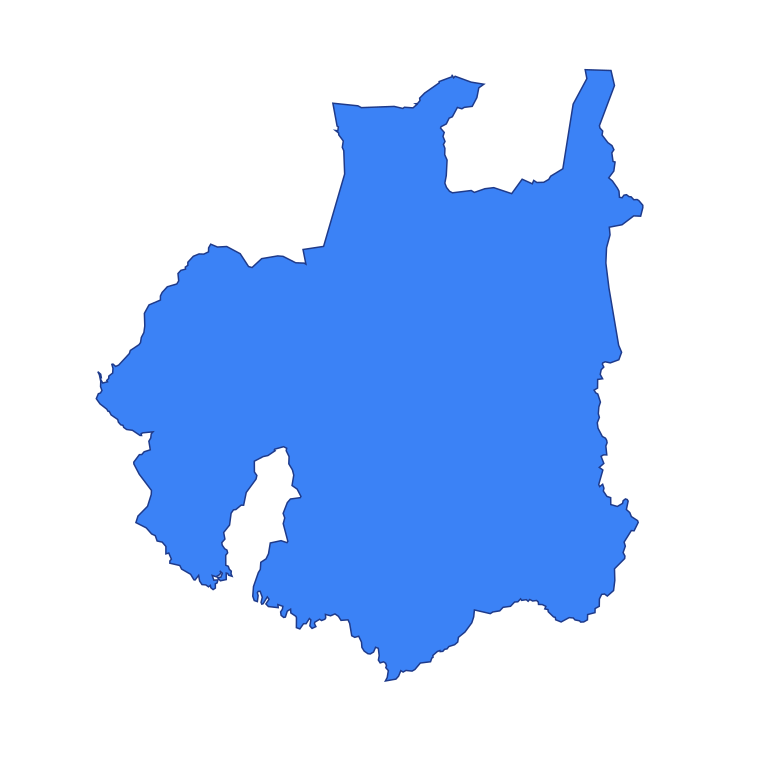 the district of Mineral del Chico, Hidalgo, Mexico, rotated 170°
{"feature_id": "50627088B7375180759148", "entity_name": "Mineral del Chico", "entity_type": "district", "adm_level": 2, "iso_a3": "MEX", "parent_name": "Mexico", "parent_adm1": "Hidalgo", "projection": "natural_earth1", "projection_center": [-98.75, 20.22], "detail": "fine", "context": "isolated", "style": "filled", "palette": "blue", "viewbox_px": 768, "rotation_deg": 170, "n_neighbors": 0, "source": "geoboundaries", "source_scale": "gbopen_adm2", "svg_char_len": 6160}
<svg xmlns="http://www.w3.org/2000/svg" viewBox="0 0 768 768"><g transform="rotate(170 384 384)"><path d="M176.9,275.5L176.3,284.4L174.5,287.4L174.5,289.8L175.3,292.2L178.1,294.4L180.9,303.3L180.7,308.8L177.7,313.7L178.1,317.5L176.4,324.1L174.0,328.6L175.2,337.0L177.0,338.5L178.2,341.5L174.4,342.9L172.8,351.4L167.8,351.2L169.4,355.9L167.6,360.4L164.6,362.5L165.5,365.6L165.0,366.7L162.4,367.5L157.5,365.5L148.5,367.1L144.5,374.0L146.2,381.4L145.8,439.6L144.5,464.6L141.2,479.5L135.5,491.6L134.9,499.3L121.9,499.5L108.9,506.2L102.1,504.7L98.5,512.7L98.1,515.1L101.2,520.4L102.7,521.7L106.0,522.1L108.1,525.4L110.2,526.0L112.3,528.3L114.9,528.3L117.2,526.1L119.7,527.0L119.1,533.1L120.2,536.5L123.8,544.3L126.9,548.0L120.7,553.8L117.9,562.5L119.8,563.4L119.5,572.1L116.9,574.8L118.1,579.2L121.6,582.8L126.0,591.3L124.7,595.1L126.9,598.6L127.0,601.0L105.2,637.9L106.0,653.3L131.3,658.6L131.2,649.5L149.1,626.8L170.5,564.9L183.8,559.7L186.2,556.9L191.7,554.9L198.4,555.9L201.2,558.5L203.2,555.4L212.4,561.7L225.2,549.3L241.8,558.3L250.7,558.8L261.8,557.0L264.5,559.4L283.4,560.4L286.0,562.4L288.3,566.7L289.2,571.3L286.5,578.4L283.0,593.6L284.4,599.3L283.1,605.5L283.9,609.6L281.8,612.2L282.9,617.6L281.0,621.3L283.9,626.2L283.1,627.5L277.5,629.3L273.7,634.5L270.3,635.3L263.7,643.6L259.5,641.5L256.9,642.5L248.9,642.1L242.8,649.9L239.2,659.2L233.6,661.9L245.9,666.2L260.5,674.7L262.3,673.4L263.4,676.7L263.5,674.8L277.2,672.3L277.3,671.0L293.4,663.5L299.3,659.3L299.3,656.9L302.3,654.4L304.2,654.5L303.0,653.6L307.5,650.9L315.8,653.0L317.6,652.1L325.8,655.6L358.3,660.1L361.4,662.5L385.6,669.4L385.4,646.1L384.3,645.1L385.5,641.4L387.8,642.1L385.1,639.1L385.3,637.2L381.9,630.4L384.0,624.3L383.1,620.7L386.3,597.6L419.6,530.0L440.4,530.5L440.1,515.6L441.6,516.9L449.9,518.7L461.2,527.2L466.4,528.6L482.7,528.7L493.7,521.6L497.0,523.2L503.0,537.3L515.0,546.7L524.2,547.8L530.4,551.8L533.1,548.5L533.9,544.6L538.9,543.2L543.6,544.2L549.6,542.9L556.0,538.0L556.6,534.9L559.4,533.6L559.5,531.6L564.3,531.2L567.7,528.6L568.3,521.2L570.7,518.5L580.5,517.4L586.6,512.7L588.9,509.5L589.6,505.5L601.7,502.7L607.7,495.2L609.5,482.7L611.5,476.4L614.9,472.0L616.6,467.1L618.4,465.3L628.0,461.1L629.5,458.2L642.0,448.7L645.2,447.9L647.5,450.7L648.6,450.6L648.2,446.4L649.3,441.9L653.6,439.6L654.2,437.2L656.4,435.7L655.9,434.2L660.8,433.8L662.3,437.9L662.3,439.3L661.3,439.2L661.3,442.8L663.7,445.8L662.7,442.4L662.5,435.7L663.6,430.6L662.9,426.6L664.8,424.4L667.0,424.0L669.9,419.5L667.1,413.7L661.4,407.4L660.5,405.0L659.3,404.7L658.1,400.9L652.4,395.3L652.2,392.5L650.3,389.5L648.2,388.6L647.9,386.5L645.4,383.9L639.8,382.1L633.2,375.7L631.7,375.4L631.8,377.3L630.0,377.8L619.8,377.0L621.9,375.3L623.1,371.3L625.5,368.5L625.6,359.8L632.0,358.9L634.8,356.6L637.2,356.9L644.0,350.5L644.2,348.6L640.7,337.6L631.5,319.6L632.4,315.6L638.1,304.6L649.2,296.7L652.4,290.6L643.1,283.6L638.9,276.7L635.6,274.4L634.7,268.8L629.9,266.8L627.0,261.9L628.3,254.6L625.3,254.9L623.8,248.4L625.6,246.9L626.0,244.7L616.6,240.7L615.5,236.9L607.5,230.2L605.2,224.2L604.1,223.8L599.8,227.7L599.8,222.0L598.1,218.1L594.4,217.1L592.0,214.7L590.0,215.8L589.9,213.4L588.0,211.2L585.5,212.3L584.8,216.5L582.9,217.1L581.6,219.9L585.7,220.4L586.4,225.3L582.9,223.4L578.8,224.8L577.2,227.1L578.2,228.6L576.1,225.7L578.2,222.1L581.6,222.3L579.3,218.6L573.3,218.8L572.2,225.2L570.8,224.5L570.2,222.7L567.0,221.0L567.6,223.7L566.9,226.2L568.5,228.4L569.0,231.5L571.3,233.0L569.6,242.8L567.3,244.9L567.5,247.7L569.5,249.4L571.3,253.3L571.3,255.9L567.6,258.9L567.7,265.6L560.6,271.9L557.0,283.3L554.1,286.2L551.7,286.1L545.7,289.5L543.3,289.0L538.5,301.1L526.5,312.6L525.1,316.0L526.9,319.9L525.1,330.5L515.7,333.5L510.7,333.7L502.8,337.2L503.5,338.1L502.9,338.8L493.7,339.7L491.0,337.6L491.9,335.3L490.1,329.0L491.6,321.9L489.1,315.3L488.7,309.9L492.2,300.0L487.8,295.6L485.3,287.7L486.2,286.6L496.1,287.0L499.8,284.0L505.8,274.1L505.0,269.3L507.5,264.0L506.0,245.7L507.1,244.6L512.6,247.6L523.6,247.2L527.2,236.9L530.5,232.3L536.3,229.8L538.0,222.9L540.5,220.1L547.7,207.2L550.1,197.8L549.4,193.3L546.5,191.7L544.7,197.5L545.0,200.5L543.9,201.6L542.0,201.4L540.9,195.1L543.0,190.3L542.6,188.4L541.2,188.6L535.9,194.6L534.6,192.0L538.5,187.9L536.5,184.9L527.0,182.1L526.8,185.2L522.2,182.6L523.2,179.8L525.4,177.5L525.5,174.0L523.3,171.5L521.6,171.6L518.7,177.1L515.1,178.5L515.5,174.7L511.1,170.5L510.8,169.0L512.6,159.3L509.4,157.4L504.9,161.9L502.3,161.5L498.2,166.0L497.0,164.4L499.0,158.7L498.2,157.2L497.3,155.8L493.2,156.9L494.1,160.0L493.6,161.4L488.2,163.5L486.6,161.9L483.1,162.6L482.0,163.8L481.7,167.3L476.9,165.0L472.2,166.1L469.2,163.1L467.4,158.7L460.4,158.0L459.4,154.2L459.5,141.7L456.8,139.6L452.7,140.0L451.0,133.7L451.5,128.4L449.9,124.4L446.7,121.2L444.4,120.5L440.8,121.9L438.0,126.2L435.5,124.7L435.9,117.3L437.5,113.1L436.2,110.0L432.7,110.5L430.9,108.7L430.5,106.1L431.5,104.3L429.5,101.0L431.8,94.4L434.2,91.3L423.5,91.3L420.4,93.7L417.2,98.8L415.2,97.0L412.1,98.1L406.2,96.4L403.1,97.5L396.7,102.9L386.4,102.4L384.5,105.8L383.2,106.3L383.0,108.2L377.9,111.3L375.2,111.8L375.2,110.7L372.5,110.5L370.4,112.2L367.9,112.2L365.7,114.2L359.7,115.0L356.2,117.1L354.7,121.6L347.3,125.7L339.0,133.6L336.1,139.1L334.2,145.8L319.2,139.4L316.4,140.6L309.4,140.5L305.5,143.4L298.0,143.1L293.3,146.6L290.0,146.3L286.8,148.7L286.0,147.0L281.3,146.9L279.8,145.0L277.9,146.5L275.3,144.5L271.3,144.3L269.9,142.4L270.1,140.1L266.4,139.3L263.2,136.9L264.7,134.6L261.7,133.4L261.8,131.2L257.5,125.2L255.8,124.4L255.9,122.0L250.9,118.9L242.2,121.8L238.2,120.7L236.9,118.5L232.5,116.8L231.7,115.4L228.6,115.0L224.6,116.4L223.5,121.6L215.9,122.2L215.1,126.2L210.6,127.7L209.2,134.9L206.2,139.0L203.3,138.9L200.9,136.4L193.8,140.7L190.8,150.5L189.1,162.0L177.3,170.3L176.6,172.7L177.8,176.5L174.5,182.4L175.0,186.6L165.9,196.7L163.2,196.0L157.7,203.5L158.0,205.4L163.4,210.5L164.3,214.7L167.1,218.3L163.9,226.3L164.6,228.0L166.2,228.9L168.7,227.6L169.8,225.0L175.5,222.9L181.6,225.9L180.5,232.7L184.0,234.6L186.6,240.5L185.5,243.2L186.1,247.3L189.4,245.5L190.0,247.7L183.4,261.3L186.5,264.5L181.3,267.6L182.8,275.1L180.1,276.1L176.9,275.5Z" fill="#3b82f6" stroke="#1e3a8a" stroke-width="1.5"/></g></svg>